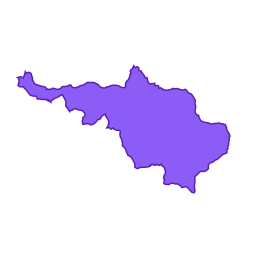 Frodisia, Nicosia, Cyprus (Albers equal-area conic projection), rotated 257°
{"feature_id": "46923920B95052440954476", "entity_name": "Frodisia", "entity_type": "district", "adm_level": 2, "iso_a3": "CYP", "parent_name": "Cyprus", "parent_adm1": "Nicosia", "projection": "albers", "projection_center": [32.668, 35.09], "detail": "fine", "context": "isolated", "style": "filled", "palette": "violet", "viewbox_px": 256, "rotation_deg": 257, "n_neighbors": 0, "source": "geoboundaries", "source_scale": "gbopen_adm2", "svg_char_len": 5706}
<svg xmlns="http://www.w3.org/2000/svg" viewBox="0 0 256 256"><g transform="rotate(257 128 128)"><path d="M107.5,223.8L107.7,223.7L108.4,223.7L109.1,223.8L109.6,223.4L110.1,222.1L110.7,221.5L111.0,220.5L111.4,219.6L111.8,218.8L112.2,218.1L112.6,216.9L112.5,215.2L112.9,213.5L113.0,212.4L113.0,210.8L113.3,210.0L113.7,209.2L114.2,208.4L114.8,207.6L115.4,206.3L115.8,205.3L116.2,204.3L116.6,203.4L117.1,202.7L117.6,201.9L118.1,201.3L118.6,200.7L119.4,200.3L120.8,200.0L122.0,199.6L122.8,199.4L123.5,199.8L124.2,199.6L124.9,199.0L125.3,198.1L126.4,197.5L127.2,197.1L128.6,197.0L129.9,197.3L131.1,197.8L132.4,198.4L134.2,198.9L135.1,198.8L136.8,198.7L138.5,199.4L139.8,199.8L140.9,199.5L142.1,199.2L143.9,198.6L145.3,198.0L146.7,197.5L147.4,196.5L148.6,195.1L149.2,194.3L150.8,194.0L152.2,193.1L152.9,192.0L152.5,190.6L152.9,189.1L153.6,187.7L155.3,185.1L155.6,183.5L155.7,182.0L156.6,180.3L155.8,178.4L156.0,175.3L156.1,173.9L156.8,172.5L157.2,171.7L157.5,170.9L158.5,170.5L159.0,169.7L159.9,168.6L159.5,167.6L160.0,166.9L161.1,167.3L162.4,167.0L162.8,166.3L162.8,164.9L163.1,163.9L164.2,164.0L165.6,164.0L165.4,162.9L165.9,161.7L165.7,160.2L166.5,158.6L168.0,158.2L169.0,158.0L170.6,157.7L171.4,158.0L172.8,157.8L173.2,156.2L174.0,155.9L175.8,155.5L176.8,154.9L178.2,154.5L179.2,153.6L180.4,153.8L181.0,152.4L182.5,151.5L184.0,152.1L185.3,151.2L185.7,150.4L185.0,148.8L185.9,148.2L187.4,147.7L186.3,146.8L185.4,146.0L184.6,145.8L184.5,144.4L183.7,144.2L183.4,143.1L182.2,143.1L180.8,143.3L179.9,142.2L178.9,141.5L177.7,141.4L176.6,140.4L175.0,139.3L174.3,137.8L173.7,137.1L172.9,136.4L172.1,135.7L171.2,135.4L170.1,135.2L168.9,135.2L168.3,133.9L168.3,132.5L169.5,130.0L170.6,129.0L171.2,128.3L171.7,127.2L172.3,125.8L172.7,124.5L173.0,123.6L173.1,122.3L173.1,120.9L173.0,119.7L172.6,118.6L172.8,117.5L172.8,116.1L172.4,115.2L172.2,113.7L173.0,112.2L174.2,110.1L175.1,109.6L176.1,109.2L177.2,108.5L178.0,107.7L178.5,106.7L179.2,106.1L179.9,104.9L180.3,104.1L180.6,103.1L180.6,102.3L180.7,101.5L181.3,100.0L181.5,98.8L181.1,97.3L180.8,96.5L180.3,95.6L179.8,93.7L180.0,92.4L179.9,90.5L179.0,89.0L179.3,87.9L178.9,87.2L179.1,86.4L179.1,85.3L179.4,84.5L180.0,83.2L181.0,82.4L182.7,82.0L183.1,80.3L182.3,78.6L182.7,75.4L183.0,74.1L182.9,72.7L182.2,72.0L181.5,71.0L181.4,68.7L181.6,67.5L182.3,66.3L182.7,65.5L183.5,64.4L183.6,62.8L182.9,61.8L183.4,60.4L183.4,59.1L184.1,58.4L183.9,57.3L186.0,57.0L187.6,54.6L188.0,53.3L190.1,50.0L190.7,48.6L192.4,46.8L193.7,46.5L195.2,46.1L196.4,45.7L197.4,46.0L198.3,46.3L199.8,45.9L201.3,45.9L202.7,45.9L204.0,44.9L204.6,43.8L204.4,41.3L206.0,40.6L203.9,39.6L202.3,38.6L200.3,37.2L201.4,36.1L202.2,34.6L202.0,31.8L201.5,32.4L200.2,32.4L199.4,32.9L197.1,31.8L196.1,31.4L194.7,30.7L194.1,30.4L192.4,32.0L191.9,34.9L188.7,37.0L181.8,40.3L180.2,43.3L180.0,45.2L178.4,46.1L177.0,45.9L176.2,47.4L176.3,48.7L175.3,50.1L174.8,52.5L174.4,54.4L173.3,55.1L173.3,56.9L172.2,56.5L172.1,57.3L170.4,58.7L171.8,59.2L172.2,60.3L172.4,61.1L172.7,62.2L173.5,62.6L173.6,65.7L175.4,71.4L167.9,73.6L163.6,72.3L157.1,74.9L158.0,75.6L157.8,77.3L158.7,79.3L158.5,81.7L156.9,83.4L155.9,86.2L154.4,88.1L151.4,89.3L149.8,89.1L148.0,86.0L146.4,86.0L144.7,84.9L141.6,84.9L141.6,85.6L141.6,86.3L141.5,88.0L141.5,88.7L140.9,90.5L140.8,90.9L140.3,91.3L139.6,92.0L139.5,92.6L139.3,93.8L139.5,94.8L139.9,95.9L140.2,96.6L140.6,97.6L143.0,100.4L142.7,102.1L143.4,103.3L143.7,103.7L145.3,104.9L145.9,106.5L146.7,109.0L144.5,109.1L143.3,109.4L142.2,110.0L141.5,110.3L140.1,110.5L138.5,110.7L137.1,110.3L136.6,110.1L134.2,108.7L132.9,107.4L132.5,109.9L130.6,111.2L131.0,112.3L131.5,113.4L130.7,113.8L130.0,114.2L129.4,115.1L128.6,116.1L128.4,116.6L128.0,117.9L127.7,119.1L126.4,119.8L125.4,119.4L124.1,118.8L123.2,118.7L121.1,118.5L119.7,118.9L119.1,119.0L117.5,119.2L115.0,119.2L114.2,119.2L112.1,118.5L111.5,118.9L110.1,119.9L107.8,121.0L104.6,121.1L101.5,121.8L100.3,123.1L99.3,124.2L98.9,124.6L96.4,125.3L95.8,125.5L93.7,126.2L91.8,126.5L91.7,126.5L90.2,126.5L88.3,125.8L86.4,127.8L86.5,129.5L86.9,130.9L86.4,134.0L86.1,134.8L85.8,137.0L85.9,137.7L85.5,139.4L86.0,140.2L85.9,141.2L86.7,141.5L86.9,142.0L86.7,142.4L86.7,142.8L87.1,142.8L87.2,143.1L86.8,144.2L86.5,144.6L86.5,145.2L86.3,145.4L85.8,145.4L85.5,145.8L85.6,146.8L86.1,147.4L86.0,148.1L85.6,148.2L85.0,149.3L84.9,149.8L84.5,150.4L84.9,151.1L84.9,151.9L85.3,152.3L84.9,152.4L84.3,152.2L84.1,152.4L84.1,152.6L83.8,152.8L83.6,153.0L83.3,152.9L82.9,153.4L82.5,153.6L82.2,154.0L81.7,154.3L80.4,154.6L77.9,154.7L77.2,154.7L75.3,154.2L75.2,154.2L73.4,152.3L72.4,151.9L70.4,151.4L69.2,152.1L68.9,152.0L67.5,150.9L66.8,150.8L66.0,150.5L64.8,151.5L64.5,152.7L63.7,155.0L64.6,158.1L64.6,158.5L64.5,158.8L64.0,159.4L63.6,160.4L63.2,160.8L63.0,161.4L62.8,161.6L62.7,161.9L62.8,162.6L62.4,163.5L61.9,163.9L61.9,164.6L61.1,164.9L59.2,166.9L58.0,167.0L57.7,167.6L57.9,168.4L57.7,171.8L56.7,172.4L55.8,173.1L53.2,174.5L51.0,175.7L50.6,176.9L50.0,177.5L50.3,178.2L51.1,178.7L51.7,178.9L52.4,179.2L53.1,179.2L53.9,179.0L54.2,179.3L55.6,179.4L58.2,180.2L60.0,180.9L64.3,181.9L65.4,182.1L67.1,185.1L69.3,188.4L69.2,190.7L68.5,191.9L68.7,194.1L68.9,195.2L69.8,196.0L70.1,197.2L71.7,197.6L73.1,197.6L74.6,198.6L75.8,201.0L75.5,202.4L77.2,206.1L77.3,207.9L78.6,210.3L79.1,210.9L79.2,211.5L79.8,212.5L80.1,213.0L80.7,213.7L80.8,214.3L80.9,215.1L81.0,215.7L81.3,216.4L81.2,217.6L81.6,218.3L81.7,218.8L83.2,219.2L84.4,219.3L84.8,219.9L85.4,220.8L85.9,220.8L87.0,220.9L87.8,221.2L88.4,221.9L88.9,222.2L89.5,222.4L90.3,222.6L91.5,222.9L92.5,223.4L93.5,223.8L94.6,224.3L96.1,224.4L97.1,225.6L97.8,225.5L98.7,225.3L99.6,225.3L100.3,225.1L101.4,224.6L102.5,224.4L103.5,224.0L104.6,223.9L105.9,224.0L107.0,224.2L107.5,223.8Z" fill="#8b5cf6" stroke="#5b21b6" stroke-width="1.5"/></g></svg>